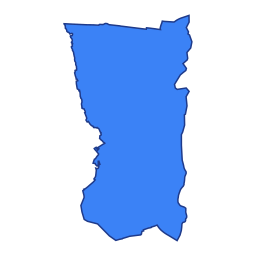 outline of Maracineni, Arges, Romania
{"feature_id": "2599482B86906431324144", "entity_name": "Maracineni", "entity_type": "district", "adm_level": 2, "iso_a3": "ROU", "parent_name": "Romania", "parent_adm1": "Arges", "projection": "albers", "projection_center": [24.868, 44.908], "detail": "fine", "context": "isolated", "style": "filled", "palette": "blue", "viewbox_px": 256, "rotation_deg": 0, "n_neighbors": 0, "source": "geoboundaries", "source_scale": "gbopen_adm2", "svg_char_len": 5258}
<svg xmlns="http://www.w3.org/2000/svg" viewBox="0 0 256 256"><path d="M189.0,15.4L185.2,16.7L180.7,18.2L178.9,19.0L177.0,20.0L175.5,21.0L174.5,21.8L173.5,22.0L168.9,21.7L164.2,21.4L162.3,21.1L162.1,21.8L161.8,23.0L161.3,24.2L160.8,25.7L160.4,27.2L160.3,27.8L160.2,28.4L160.3,29.1L160.5,29.6L160.4,29.6L159.9,29.5L159.4,29.4L157.5,29.2L155.0,28.8L154.4,28.8L154.3,28.7L152.5,28.5L150.3,28.2L146.5,27.8L146.3,29.2L144.4,29.0L142.7,28.8L130.4,27.3L129.8,27.2L128.9,27.1L122.5,26.3L121.4,26.2L120.5,26.1L120.1,25.9L109.1,24.7L107.1,23.6L106.0,23.5L105.2,23.5L104.5,23.8L103.7,24.3L103.1,24.5L102.3,24.5L101.6,24.5L100.5,24.4L99.7,24.4L99.2,24.6L99.0,24.8L98.8,25.2L93.7,24.9L88.8,24.8L87.2,24.8L71.6,24.1L64.1,23.7L64.3,24.5L64.7,24.8L65.2,25.5L65.2,26.0L65.3,27.0L65.4,27.9L65.4,28.4L65.7,28.6L66.0,28.8L66.6,29.9L66.9,31.4L67.7,32.1L68.3,32.2L69.0,32.7L69.2,32.8L69.8,34.0L70.0,34.0L70.9,33.5L71.6,33.4L72.3,33.5L72.6,33.9L72.5,34.8L72.1,35.6L70.9,35.8L70.5,35.8L70.3,36.1L70.4,36.5L70.7,37.0L70.7,37.5L71.5,38.3L72.1,39.3L72.3,40.4L72.3,40.9L72.0,41.6L71.4,42.2L71.6,42.9L72.3,43.0L72.4,43.3L72.2,43.4L72.3,43.6L72.2,44.1L72.5,44.1L72.2,44.9L72.3,45.6L72.4,46.1L72.1,46.4L71.6,46.5L71.3,46.9L71.5,47.3L71.7,48.0L72.1,48.7L72.5,49.4L72.4,50.1L72.5,50.4L73.1,51.4L73.5,52.2L73.6,52.9L73.7,53.6L74.0,55.1L74.3,56.5L74.6,57.2L74.6,57.7L74.7,58.3L74.6,59.1L74.6,59.9L74.9,61.3L75.2,61.6L75.4,62.0L75.7,62.8L75.7,64.6L76.5,66.6L76.5,67.3L76.5,68.1L76.7,68.9L76.5,70.2L75.3,70.2L75.0,70.8L75.2,71.5L74.9,72.5L74.6,72.8L74.8,73.5L75.3,75.7L76.0,77.7L76.2,79.1L77.0,79.1L77.8,80.7L76.3,81.2L76.3,82.1L76.4,83.9L77.2,88.5L77.4,89.0L78.5,89.5L78.8,90.3L79.5,90.2L79.7,91.0L79.4,91.4L79.9,91.8L80.0,92.6L80.1,93.2L80.1,93.3L80.3,96.6L80.7,97.3L80.7,97.9L80.9,98.3L81.2,98.7L81.5,98.9L81.8,99.8L81.8,100.2L81.9,100.5L81.9,101.4L82.0,101.9L81.9,102.3L81.8,102.6L81.5,103.5L81.5,104.7L81.7,105.6L81.9,106.0L81.8,106.5L82.0,108.2L82.6,108.2L83.0,108.8L84.1,108.9L84.5,110.0L84.9,110.8L85.0,111.0L85.3,111.7L85.3,112.5L84.7,112.7L85.2,113.9L85.4,114.4L85.6,115.1L85.9,115.7L86.3,116.8L86.6,117.6L86.7,118.6L86.5,119.0L86.1,119.6L86.0,120.1L86.2,120.5L87.2,122.0L87.5,121.8L88.0,121.6L88.3,121.4L88.8,122.2L89.3,122.9L90.0,124.1L90.8,124.9L91.2,125.4L92.4,126.1L92.9,126.1L93.6,127.5L94.1,127.6L94.2,127.3L95.0,127.5L96.0,127.7L96.3,127.7L96.7,127.9L97.1,127.5L97.5,127.8L97.8,128.2L98.3,128.3L99.0,129.0L99.6,130.3L99.6,130.6L99.9,131.2L100.0,131.3L100.2,131.7L100.3,131.9L100.4,132.2L100.5,132.2L100.6,132.6L100.6,132.8L101.0,132.8L101.0,133.3L101.0,133.7L101.2,134.6L101.0,135.1L100.8,135.3L100.4,135.4L99.9,135.7L99.8,136.3L99.8,137.1L99.7,137.8L99.6,138.4L99.7,138.5L100.0,138.9L100.4,139.2L100.8,139.6L101.1,140.0L101.6,140.4L102.1,140.7L102.6,141.1L102.7,141.5L103.4,142.2L104.5,142.8L104.8,143.2L103.9,143.8L103.1,144.2L100.0,146.2L98.9,146.9L97.6,147.6L98.1,148.1L98.5,148.5L98.9,148.8L97.7,150.2L96.7,148.4L96.6,148.2L96.4,147.9L96.1,147.3L94.2,148.5L94.6,149.2L95.4,150.1L96.4,151.2L97.7,152.9L98.1,153.3L98.6,154.0L98.3,154.6L98.0,155.3L97.7,155.6L97.0,156.3L95.9,158.0L95.5,158.7L94.4,159.2L94.1,160.1L93.7,161.1L93.1,163.2L95.2,163.5L95.3,163.9L95.5,164.4L95.9,164.9L96.6,165.6L97.0,166.0L97.3,166.0L97.6,166.0L98.0,165.5L98.3,163.7L98.2,161.6L98.2,161.3L98.9,161.2L99.9,164.3L99.4,164.4L99.0,164.6L98.9,165.3L98.8,166.2L98.7,167.1L98.5,167.4L98.3,168.1L97.7,168.5L97.1,168.7L95.8,168.2L96.3,170.1L95.9,174.4L95.8,174.8L95.7,175.4L95.7,176.0L95.6,176.3L95.4,176.7L95.1,177.4L94.7,178.0L94.1,178.5L94.0,179.1L94.2,179.3L95.1,179.9L94.3,180.9L93.4,181.9L93.1,182.2L91.2,183.8L89.0,185.7L88.1,186.5L87.9,186.7L86.5,187.8L85.3,188.7L83.9,189.2L84.2,189.7L83.0,190.5L82.8,190.7L83.4,193.2L83.7,194.4L84.0,195.7L84.1,197.5L80.9,205.5L82.0,212.0L84.2,219.4L87.5,221.3L97.6,223.9L109.4,235.9L115.8,240.4L119.6,239.3L122.3,238.8L122.5,238.5L123.4,238.2L127.4,237.0L129.5,236.3L131.0,236.1L140.7,234.9L140.8,234.4L141.4,234.2L141.9,231.4L143.6,230.9L143.4,229.8L144.0,229.6L146.6,228.7L149.0,227.9L149.7,227.9L150.8,227.6L151.4,227.4L151.4,227.0L154.2,226.2L154.5,226.1L157.1,225.1L158.8,227.6L159.7,228.7L161.1,230.2L162.8,231.6L164.5,232.9L166.8,234.4L168.4,235.3L177.1,240.6L180.0,235.1L181.3,230.6L181.7,227.3L181.9,224.3L182.1,223.6L182.8,222.5L183.6,222.2L184.5,222.0L185.1,221.6L185.4,221.1L185.6,220.5L185.6,219.4L185.7,218.7L186.3,218.1L186.7,217.2L186.7,216.3L186.6,215.4L186.3,214.4L186.0,213.3L185.9,213.1L185.7,211.6L185.8,210.5L185.8,209.0L185.8,208.3L185.3,207.9L184.4,207.2L183.4,206.8L182.2,206.4L181.3,206.1L180.2,205.5L179.6,204.9L179.0,203.9L178.3,203.0L178.0,202.1L177.9,201.2L177.9,199.0L178.2,197.7L178.3,196.9L178.5,195.3L179.1,193.4L179.8,191.5L180.3,190.1L181.0,188.8L182.2,187.3L183.3,186.1L184.0,184.6L184.0,183.4L184.3,182.1L184.5,180.5L184.6,179.2L184.7,177.4L184.9,176.4L185.6,174.8L186.2,173.1L186.0,171.6L184.7,169.5L184.0,167.7L183.5,165.1L182.2,160.1L181.4,145.4L181.4,134.6L182.6,132.2L184.6,125.1L184.4,114.8L185.4,114.2L187.0,105.9L186.1,96.7L189.1,91.4L186.2,88.0L177.2,89.4L175.3,88.0L174.5,84.4L180.3,74.9L183.3,72.4L185.8,70.5L186.4,68.4L183.0,63.6L187.2,59.9L187.7,58.3L186.9,52.5L190.7,48.0L191.9,41.8L189.5,35.0L188.0,33.9L188.5,31.9L186.3,27.6L189.1,22.1L189.0,15.4Z" fill="#3b82f6" stroke="#1e3a8a" stroke-width="1.5"/></svg>